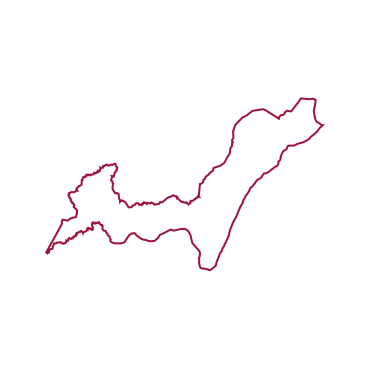 outline of Iracema, Roraima, Brazil, rotated 325°
{"feature_id": "56859067B8516238503433", "entity_name": "Iracema", "entity_type": "district", "adm_level": 2, "iso_a3": "BRA", "parent_name": "Brazil", "parent_adm1": "Roraima", "projection": "robinson", "projection_center": [-62.78, 2.175], "detail": "fine", "context": "isolated", "style": "outline", "palette": "rose", "viewbox_px": 384, "rotation_deg": 325, "n_neighbors": 0, "source": "geoboundaries", "source_scale": "gbopen_adm2", "svg_char_len": 6013}
<svg xmlns="http://www.w3.org/2000/svg" viewBox="0 0 384 384"><g transform="rotate(325 192 192)"><path d="M162.6,266.5L169.2,266.0L171.6,263.8L179.2,258.7L180.7,257.9L182.3,257.6L183.7,256.2L187.8,254.4L189.0,253.3L190.3,252.9L197.1,248.8L201.1,245.2L208.5,240.2L209.9,239.9L210.9,238.9L213.0,238.2L223.2,231.8L226.8,230.2L230.0,227.8L232.9,226.6L233.9,225.8L236.5,225.2L239.4,223.9L242.0,222.2L244.9,222.1L247.1,221.1L248.1,221.2L251.0,219.8L253.0,219.6L256.7,220.0L260.0,218.5L261.8,218.1L263.1,219.1L265.9,219.5L274.7,219.1L277.0,219.4L279.4,218.1L279.8,217.0L280.2,216.7L281.9,216.6L283.3,215.9L285.4,213.5L289.8,211.0L290.9,210.8L292.0,211.1L294.0,211.1L295.7,209.9L297.5,209.3L302.4,212.6L305.9,213.0L311.0,214.9L316.1,215.7L319.3,215.5L321.4,214.9L325.2,214.8L329.7,214.1L332.8,212.9L337.5,212.3L336.5,211.3L336.0,209.4L334.5,206.4L334.4,205.0L334.9,202.6L338.2,195.5L344.1,189.8L346.1,187.4L344.5,184.8L341.5,183.4L335.1,178.0L334.6,177.8L332.3,178.9L319.6,182.8L319.1,182.7L316.6,180.0L314.0,180.0L313.2,180.3L312.7,181.0L311.5,181.2L308.6,180.1L307.1,180.3L306.5,180.5L305.2,181.8L299.3,167.5L297.8,165.0L288.0,160.2L280.8,160.6L276.1,159.9L266.2,161.8L260.6,165.7L257.0,171.4L255.0,172.2L254.4,172.8L254.0,173.5L254.1,174.6L253.8,174.9L253.0,174.8L250.9,177.4L248.3,178.2L246.2,181.0L244.7,182.2L239.2,184.5L237.5,185.6L234.6,186.7L230.3,186.7L223.5,184.7L222.7,185.1L222.1,186.3L221.7,186.5L217.6,186.6L216.0,187.2L211.9,187.4L209.7,188.8L208.0,188.7L207.3,189.8L206.4,190.4L203.8,190.4L203.1,190.0L196.0,198.3L195.7,198.0L195.0,198.8L195.0,199.9L194.6,199.4L193.8,199.6L193.5,199.2L192.6,199.7L191.8,199.3L190.5,199.8L190.0,199.3L187.8,199.7L186.4,199.2L186.0,198.5L185.1,198.8L184.8,199.6L184.1,200.3L183.4,199.9L182.1,200.2L182.1,199.6L181.7,199.5L181.6,199.1L181.7,197.4L180.4,197.2L179.9,196.1L179.3,195.7L179.0,194.9L178.2,194.7L178.0,194.3L177.1,191.6L177.1,190.8L176.7,190.3L176.8,189.0L176.2,188.7L177.0,187.9L176.7,187.5L177.0,187.4L177.0,186.9L175.8,185.8L175.1,184.2L174.5,184.4L173.3,183.6L171.6,183.6L169.6,182.9L167.1,182.8L166.2,183.2L164.0,183.0L162.2,183.4L161.0,183.0L160.1,181.9L158.4,182.8L157.5,182.5L155.2,181.3L154.0,181.1L153.8,180.4L154.1,179.5L153.8,178.9L153.2,178.5L152.7,177.3L152.3,177.3L152.2,177.6L150.9,177.2L149.7,175.7L148.1,175.9L148.1,174.3L147.0,173.8L147.0,173.0L146.7,172.7L145.5,173.1L145.0,173.8L143.7,173.9L143.8,173.1L142.5,173.0L142.1,172.6L142.1,172.0L141.7,171.6L141.4,171.7L141.6,170.7L140.6,169.5L138.9,169.2L138.2,169.8L135.7,169.1L135.2,169.2L135.0,169.5L133.5,169.6L131.5,168.4L131.1,167.2L131.5,166.2L131.3,165.0L131.6,163.4L131.2,161.0L130.8,160.7L130.6,159.8L129.7,159.3L129.5,158.4L127.4,158.8L128.4,157.3L128.3,156.5L129.1,154.3L130.7,151.8L130.5,150.7L129.5,150.0L129.6,149.6L128.7,149.2L128.3,148.4L128.6,144.0L130.9,141.0L132.2,140.0L132.2,138.5L132.8,137.8L132.5,136.0L132.9,135.6L135.2,133.8L135.4,132.8L135.8,133.1L135.7,133.8L136.8,134.5L139.2,132.2L140.0,131.8L140.4,132.0L141.1,131.3L142.3,131.4L142.9,130.4L143.7,130.3L144.9,128.9L144.4,127.5L145.4,125.1L144.6,124.3L142.1,124.1L141.6,123.3L140.6,122.8L139.9,123.0L138.9,122.7L138.2,121.7L138.3,120.9L136.6,120.2L135.6,120.5L134.8,120.3L134.2,119.7L133.1,121.0L132.2,120.4L131.3,120.4L131.0,119.7L130.8,120.4L130.0,120.9L129.7,120.7L129.1,120.9L128.9,121.7L128.2,121.9L127.4,121.5L127.1,121.7L127.0,121.2L126.7,121.7L126.2,121.6L126.4,121.1L125.6,120.9L124.2,121.5L123.4,120.7L123.4,121.0L122.9,121.1L122.7,120.6L121.1,120.9L119.6,120.1L119.4,119.7L118.8,120.0L118.1,120.0L117.4,119.2L117.3,118.4L116.0,117.7L115.9,118.1L115.5,117.8L115.5,118.2L114.7,118.1L114.4,118.5L113.0,118.3L113.0,117.8L112.1,117.5L111.8,117.8L110.9,117.7L110.8,118.1L109.1,119.3L108.6,119.1L108.6,119.5L107.9,119.7L107.3,120.8L105.4,122.8L103.0,122.3L102.0,122.7L101.7,122.5L99.6,122.8L99.2,123.2L99.2,124.1L98.8,125.2L98.0,124.2L96.2,124.8L95.0,124.3L92.9,122.7L91.6,122.7L90.5,122.3L89.8,123.7L89.3,123.5L88.8,124.1L88.9,125.1L88.3,126.3L88.9,127.2L88.8,127.7L88.2,128.2L88.4,129.0L87.8,129.3L87.8,130.0L87.4,130.8L88.2,132.0L87.5,132.9L88.2,133.7L88.1,135.3L87.7,135.3L87.0,136.2L86.5,136.3L87.4,141.2L86.3,142.2L85.2,144.0L84.1,144.4L82.4,146.0L79.2,144.4L78.5,144.7L77.4,143.9L73.7,144.1L70.2,140.5L69.8,140.5L68.1,141.8L67.4,143.2L65.6,144.3L37.9,157.9L38.4,159.2L39.2,158.7L39.5,159.0L39.9,158.8L40.3,159.4L41.2,158.5L41.3,157.8L41.9,157.5L44.0,157.9L44.7,158.4L45.8,158.1L46.9,156.5L48.4,156.0L49.5,155.0L51.0,156.0L52.2,155.9L53.1,156.6L54.2,156.8L54.7,157.6L55.7,157.8L56.0,159.5L56.8,160.0L56.8,160.4L58.0,161.0L58.3,160.7L59.5,161.2L60.6,160.7L61.2,159.7L61.6,160.4L62.5,160.9L63.1,160.4L63.2,159.8L63.9,159.4L65.2,159.4L65.5,160.6L66.2,161.1L66.9,160.8L67.2,161.1L67.8,161.0L67.9,161.4L68.5,160.9L69.2,161.3L69.8,160.6L71.2,161.3L71.4,160.8L72.8,160.1L72.6,161.0L73.0,160.9L73.3,160.4L74.1,160.3L74.2,159.4L76.5,160.1L77.4,160.6L78.2,160.6L78.4,160.1L79.1,160.6L79.3,162.5L79.1,163.3L80.0,162.7L82.8,163.4L84.4,162.5L84.5,163.0L84.9,162.9L85.3,161.9L86.0,161.8L85.9,162.9L86.7,162.4L87.3,163.3L87.7,163.4L87.6,164.5L88.4,165.8L89.3,165.6L89.3,164.6L89.7,164.4L90.0,164.9L90.7,164.0L90.8,162.4L91.4,161.1L92.2,160.6L92.6,160.8L93.2,159.9L93.6,160.2L93.9,161.4L94.4,161.4L94.5,162.4L96.0,162.9L96.1,162.5L96.8,163.0L97.7,163.0L98.0,164.4L98.5,164.1L98.3,166.1L98.6,167.2L99.5,167.5L99.3,168.5L97.4,171.0L97.4,172.9L98.9,174.3L98.4,176.1L98.9,177.5L98.2,178.8L99.0,181.1L98.6,181.5L98.2,182.8L98.2,184.2L97.6,184.5L96.9,185.9L97.5,187.4L99.0,189.5L104.0,193.2L107.6,194.4L115.9,191.3L118.9,191.4L119.6,192.1L120.8,192.2L121.7,193.7L121.6,195.8L123.5,201.1L124.8,203.1L127.0,205.2L127.9,206.9L130.3,208.9L133.3,210.6L137.7,210.2L141.0,208.7L145.2,209.5L152.2,210.4L153.2,210.7L154.9,213.2L162.0,216.1L164.8,218.0L166.0,219.9L166.5,222.4L165.9,226.8L163.2,233.3L163.1,235.4L164.1,244.3L163.9,245.5L163.4,246.9L160.7,249.7L159.6,250.2L158.8,252.0L156.9,254.4L155.6,258.0L155.5,259.0L156.0,260.0L158.0,261.7L160.6,264.5L161.3,265.9L162.6,266.5Z" fill="none" stroke="#9f1239" stroke-width="2"/></g></svg>